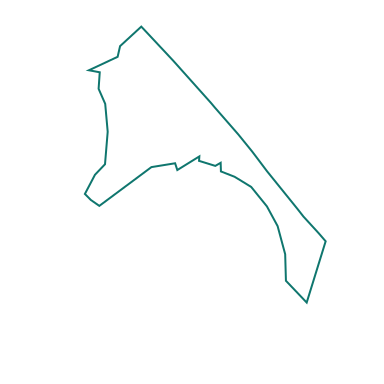 outline of Pickett, Tennessee, United States of America, rotated 46°
{"feature_id": "52423323B56559053703278", "entity_name": "Pickett", "entity_type": "district", "adm_level": 2, "iso_a3": "USA", "parent_name": "United States of America", "parent_adm1": "Tennessee", "projection": "natural_earth1", "projection_center": [-85.035, 36.517], "detail": "fine", "context": "isolated", "style": "outline", "palette": "teal", "viewbox_px": 384, "rotation_deg": 46, "n_neighbors": 0, "source": "geoboundaries", "source_scale": "gbopen_adm2", "svg_char_len": 636}
<svg xmlns="http://www.w3.org/2000/svg" viewBox="0 0 384 384"><g transform="rotate(46 192 192)"><path d="M211.3,121.4L204.6,120.6L182.6,118.7L147.1,116.9L141.5,116.5L84.4,114.3L37.8,113.6L37.1,142.4L43.1,151.6L32.8,181.6L41.8,175.2L52.9,187.5L68.3,193.2L90.1,210.8L111.6,235.3L112.2,249.8L119.0,270.4L127.5,270.3L137.6,268.3L145.9,203.9L159.6,184.2L166.0,187.3L171.5,162.0L174.5,165.3L189.4,157.1L190.9,151.1L197.3,156.9L210.6,150.8L229.5,145.9L254.4,148.1L276.0,154.1L301.5,168.2L321.1,186.1L351.2,186.3L320.3,130.1L309.7,129.5L287.1,128.9L277.5,127.9L229.1,123.6L211.3,121.4Z" fill="none" stroke="#0f766e" stroke-width="2"/></g></svg>